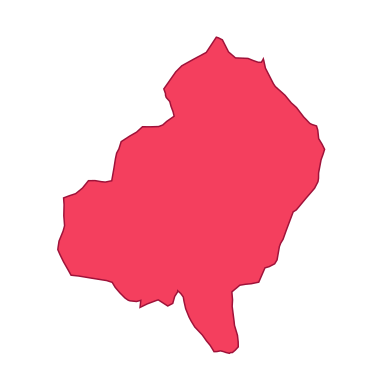 Tooz Khurmato, Sala ad-Din, Iraq, rotated 186°
{"feature_id": "34846034B84892780097972", "entity_name": "Tooz Khurmato", "entity_type": "district", "adm_level": 2, "iso_a3": "IRQ", "parent_name": "Iraq", "parent_adm1": "Sala ad-Din", "projection": "equal_earth", "projection_center": [44.642, 34.819], "detail": "fine", "context": "isolated", "style": "filled", "palette": "rose", "viewbox_px": 384, "rotation_deg": 186, "n_neighbors": 0, "source": "geoboundaries", "source_scale": "gbopen_adm2", "svg_char_len": 1905}
<svg xmlns="http://www.w3.org/2000/svg" viewBox="0 0 384 384"><g transform="rotate(186 192 192)"><path d="M135.0,331.8L135.4,330.7L136.6,328.3L139.6,327.9L144.7,329.1L150.3,330.7L162.8,329.9L170.3,335.1L177.7,346.5L181.9,348.1L184.0,348.5L192.4,332.3L204.6,324.0L215.3,316.5L220.7,309.8L227.5,297.5L230.8,291.6L228.7,287.2L228.4,285.3L227.5,283.3L223.6,279.7L221.8,275.0L219.2,269.8L217.7,265.5L224.5,259.6L228.1,255.6L232.0,253.6L240.0,252.5L248.1,251.7L253.4,245.7L259.4,241.4L267.7,234.7L269.2,227.2L269.7,226.0L271.0,222.8L271.6,217.3L272.1,207.8L273.0,194.8L279.3,192.8L283.4,192.8L289.7,193.2L296.2,192.4L301.3,184.5L307.5,178.2L313.5,175.5L319.1,172.7L317.9,166.0L317.0,155.0L315.2,145.1L316.1,139.6L319.1,129.3L319.4,123.0L319.4,120.6L317.4,117.1L316.7,115.9L312.5,109.2L306.0,100.1L303.6,96.6L295.8,96.6L282.5,95.8L267.6,95.0L261.9,93.8L258.4,89.1L253.0,84.0L247.6,79.6L244.1,77.7L242.3,77.3L239.3,77.3L235.7,77.3L231.6,78.9L231.6,71.8L224.7,76.1L216.1,80.4L214.3,81.2L204.2,76.1L199.5,79.2L198.3,86.3L195.9,91.1L195.9,92.3L192.6,89.9L189.7,86.7L188.5,82.4L186.1,75.3L181.9,67.4L179.3,63.5L175.1,58.0L166.8,50.9L162.0,45.4L157.9,41.4L155.5,38.3L153.4,35.5L150.6,35.9L147.1,37.0L144.2,36.6L141.3,35.9L137.9,35.5L137.0,36.3L135.0,36.6L132.4,39.3L129.8,42.8L130.4,47.7L131.8,54.2L135.8,63.8L136.7,68.0L140.1,82.5L140.4,89.0L141.9,96.7L141.0,97.8L134.7,104.3L128.9,105.9L123.4,107.0L116.2,109.3L111.5,124.2L107.5,125.8L102.3,129.2L100.3,133.4L99.4,146.8L98.5,150.3L96.5,154.5L94.2,164.0L90.4,178.6L89.3,182.8L86.4,185.1L80.6,193.8L78.0,197.7L70.5,208.5L67.8,215.4L67.6,218.8L68.1,224.2L67.5,231.5L67.0,237.6L65.5,243.7L64.6,248.3L67.6,253.0L71.6,258.3L73.4,266.7L75.1,270.7L79.8,271.7L82.1,272.6L86.4,276.3L88.7,278.2L92.9,282.6L96.9,286.9L102.6,291.0L109.6,297.9L120.2,305.6L122.3,308.1L131.9,322.8L133.6,327.9L134.2,329.8L135.0,331.8Z" fill="#f43f5e" stroke="#9f1239" stroke-width="1.5"/></g></svg>